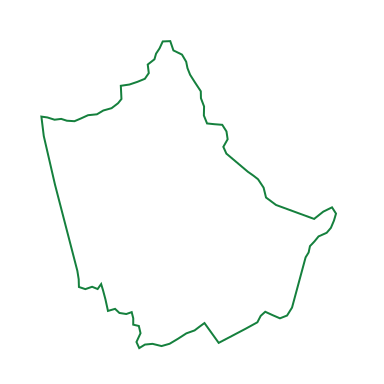 Guarabira, Paraíba, Brazil, rotated 173°
{"feature_id": "56859067B2351193324902", "entity_name": "Guarabira", "entity_type": "district", "adm_level": 2, "iso_a3": "BRA", "parent_name": "Brazil", "parent_adm1": "Paraíba", "projection": "robinson", "projection_center": [-35.452, -6.887], "detail": "fine", "context": "isolated", "style": "outline", "palette": "green", "viewbox_px": 384, "rotation_deg": 173, "n_neighbors": 0, "source": "geoboundaries", "source_scale": "gbopen_adm2", "svg_char_len": 1336}
<svg xmlns="http://www.w3.org/2000/svg" viewBox="0 0 384 384"><g transform="rotate(173 192 192)"><path d="M195.2,344.4L202.7,345.0L206.7,338.5L210.8,333.7L213.1,328.3L220.4,323.9L220.4,315.3L225.0,310.1L232.7,308.0L241.0,306.3L249.7,306.1L250.2,299.4L250.7,292.9L254.6,289.1L261.6,285.0L270.1,283.7L276.9,280.7L285.8,280.9L293.4,278.5L300.0,276.6L307.5,278.0L312.9,280.5L319.6,280.5L326.4,283.6L332.3,285.2L332.3,265.6L327.1,216.1L315.4,127.7L315.1,119.2L315.8,111.5L309.7,108.6L302.7,110.1L297.5,107.2L293.4,111.7L292.3,105.4L291.0,96.0L289.9,84.2L282.6,85.4L278.8,80.8L272.1,78.9L266.5,80.1L265.7,73.8L266.5,67.5L261.1,65.5L260.3,58.1L265.4,49.9L263.4,43.5L257.3,46.3L249.7,46.1L241.0,42.8L232.7,44.1L224.1,47.9L214.8,52.4L206.3,54.3L200.8,57.5L195.6,60.4L183.9,39.0L155.8,49.6L143.0,54.7L138.9,60.7L133.9,64.2L127.1,60.0L120.1,55.9L112.7,57.8L106.8,65.1L87.2,113.3L83.6,117.8L81.5,123.9L76.5,128.0L71.8,132.5L63.3,135.1L58.5,139.5L54.6,146.3L51.7,153.0L54.9,159.7L64.1,156.5L74.1,150.4L110.2,168.9L119.2,177.5L120.4,187.6L124.9,196.6L129.0,200.7L134.1,205.3L153.2,225.9L155.4,233.0L150.2,240.0L150.4,247.9L153.8,255.0L161.7,256.6L168.7,258.2L170.9,266.5L169.6,275.4L171.7,284.0L171.0,290.9L175.8,300.6L179.6,308.6L181.4,315.5L181.9,322.0L185.2,329.6L193.2,334.8L195.2,344.4Z" fill="none" stroke="#15803d" stroke-width="2"/></g></svg>